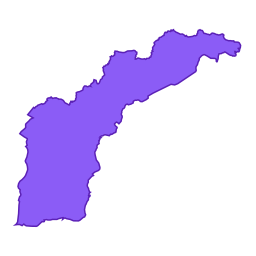 the district of Baru, Hunedoara, Romania
{"feature_id": "2599482B142327649383", "entity_name": "Baru", "entity_type": "district", "adm_level": 2, "iso_a3": "ROU", "parent_name": "Romania", "parent_adm1": "Hunedoara", "projection": "natural_earth1", "projection_center": [23.221, 45.477], "detail": "fine", "context": "isolated", "style": "filled", "palette": "violet", "viewbox_px": 256, "rotation_deg": 0, "n_neighbors": 0, "source": "geoboundaries", "source_scale": "gbopen_adm2", "svg_char_len": 5631}
<svg xmlns="http://www.w3.org/2000/svg" viewBox="0 0 256 256"><path d="M195.7,71.6L196.2,70.4L195.9,68.1L196.1,66.6L197.3,64.9L197.6,64.1L198.0,62.4L199.2,59.9L199.3,58.3L201.7,55.7L203.7,54.7L204.6,54.7L207.2,56.0L210.8,58.3L214.9,58.4L216.2,59.2L216.3,61.3L216.9,61.8L217.3,61.3L217.4,60.6L218.1,58.8L218.3,56.1L219.0,53.8L221.3,53.6L222.8,52.7L223.8,52.7L224.5,52.0L225.1,52.0L226.1,52.6L229.4,54.8L230.5,55.3L231.9,55.5L232.9,56.1L233.2,55.9L234.7,56.1L235.7,55.7L236.0,55.0L236.0,54.5L235.1,53.1L235.1,52.6L235.5,52.5L235.0,51.5L235.3,51.5L236.1,52.6L237.0,51.9L238.2,51.4L238.7,51.8L239.0,51.6L239.4,50.8L239.6,49.7L239.1,49.5L238.3,48.4L238.7,48.3L239.8,48.7L239.9,48.1L240.2,48.0L240.3,47.7L240.6,45.3L239.3,42.9L238.1,42.2L234.5,42.0L234.1,41.8L234.0,41.1L233.3,40.8L232.0,41.0L230.9,40.7L228.5,40.7L225.6,39.7L224.2,38.3L223.7,37.3L223.6,36.6L223.3,35.9L223.9,35.1L222.7,34.0L221.3,34.2L220.2,34.8L218.3,35.0L217.2,34.5L216.4,34.5L214.3,33.5L212.5,33.1L211.5,33.4L210.9,34.2L209.6,34.9L208.6,34.4L207.6,34.3L205.2,33.5L204.0,33.4L202.4,30.6L200.6,30.2L200.0,29.7L199.4,30.1L198.4,30.3L197.7,31.8L197.6,33.4L196.9,34.0L196.9,35.0L196.5,35.4L195.4,35.8L194.4,35.5L192.6,36.4L188.3,37.0L187.1,36.5L186.4,35.5L186.1,35.6L185.8,36.2L185.3,36.3L183.9,34.8L182.4,34.0L180.4,34.2L177.0,32.5L176.2,32.4L175.7,31.8L173.6,30.5L173.5,29.7L173.0,29.9L172.3,30.7L171.1,30.0L170.9,30.2L171.3,30.9L170.6,31.5L168.1,31.0L167.6,31.4L167.4,32.1L166.7,32.6L165.8,32.2L165.0,32.4L164.1,34.4L164.0,35.4L163.1,35.7L161.0,37.2L159.3,37.6L159.1,38.1L159.2,38.7L158.3,39.2L158.5,39.6L158.4,39.9L156.3,40.6L154.1,42.6L154.1,43.1L154.5,43.8L154.7,44.5L153.7,46.1L152.6,47.5L152.8,49.7L152.1,50.5L152.8,51.4L151.9,51.9L151.2,52.8L151.8,53.9L151.6,54.6L151.0,55.6L150.9,56.9L150.5,57.2L149.5,57.2L149.1,58.4L146.6,58.4L146.3,58.6L146.1,59.2L145.5,59.4L144.4,58.7L143.1,59.1L141.4,59.0L138.0,58.0L136.4,59.0L135.3,59.1L135.4,58.3L135.3,57.2L135.9,56.5L135.7,55.4L135.9,55.0L136.6,54.5L136.9,52.8L136.7,52.1L135.9,51.9L135.0,50.7L134.5,50.5L133.5,50.4L132.0,50.8L127.5,51.0L124.9,52.4L123.0,52.6L119.0,52.0L117.3,51.3L115.0,51.1L114.8,52.0L114.5,52.4L114.8,52.7L114.9,53.3L114.5,54.1L114.7,54.8L114.5,55.2L114.1,55.3L113.4,56.0L112.6,56.4L111.5,55.9L111.4,56.1L111.5,56.4L110.2,56.8L110.6,57.5L110.4,57.8L110.5,59.5L109.6,60.6L109.4,61.7L108.9,62.0L108.9,63.4L108.2,63.9L107.9,63.8L108.0,64.5L105.7,65.2L105.3,65.5L105.1,66.1L104.6,66.4L103.8,66.3L103.2,67.5L102.9,67.6L103.5,69.2L103.3,69.6L103.3,70.8L104.2,73.0L104.6,75.0L102.4,77.0L102.2,78.4L101.9,78.8L100.6,79.6L99.5,82.5L98.9,83.4L98.2,83.8L97.3,83.7L96.6,82.2L96.1,80.4L94.0,79.7L93.7,80.9L93.9,81.7L93.5,81.8L92.6,83.0L91.3,83.7L90.7,85.0L89.9,85.8L90.3,86.2L89.5,86.0L89.0,86.1L88.0,86.7L87.0,86.6L86.0,86.0L84.5,86.0L83.5,87.3L83.0,88.5L83.0,89.7L82.5,90.2L79.7,91.6L77.7,92.0L76.3,92.6L76.3,94.1L76.5,94.8L76.1,95.5L76.3,97.5L75.6,98.8L75.7,99.8L74.4,101.2L72.3,101.3L72.8,101.9L72.7,102.1L72.0,102.2L70.8,101.5L70.6,102.3L69.8,103.4L69.8,104.4L69.5,104.8L69.1,105.0L66.3,103.4L65.7,103.3L64.7,102.5L63.4,100.5L61.4,99.3L59.8,99.1L58.9,99.3L58.4,98.8L57.0,98.3L56.3,97.8L55.7,97.8L55.4,98.1L54.4,97.9L52.9,98.4L52.7,98.2L52.4,98.3L51.2,97.0L50.8,97.2L51.1,97.6L50.7,97.8L48.2,98.0L47.3,98.6L46.9,99.2L47.5,100.4L45.9,101.5L45.8,102.1L45.4,102.3L44.9,103.3L42.7,104.3L41.9,103.7L37.7,105.3L37.0,106.2L35.9,106.6L34.7,108.1L33.6,107.4L27.7,114.7L33.1,117.9L30.4,119.2L28.9,121.0L25.9,123.8L25.6,124.7L25.7,127.5L24.8,128.6L21.2,131.6L19.8,133.7L24.1,136.8L27.2,138.6L27.3,139.3L26.4,141.7L26.7,143.8L27.2,145.2L25.7,146.5L26.7,147.5L27.7,149.5L28.0,152.1L26.9,157.0L25.4,160.5L25.3,161.1L25.8,162.5L26.8,164.0L27.4,166.5L27.7,169.3L27.4,170.7L25.6,175.4L24.3,177.3L22.2,179.5L19.9,181.3L18.6,183.6L18.0,186.4L18.5,188.1L20.2,189.8L19.9,191.2L20.2,192.7L20.9,194.3L20.6,195.7L19.6,196.7L18.5,200.4L19.5,201.5L19.0,205.1L18.6,213.7L17.6,222.0L16.4,224.0L15.4,224.8L17.6,224.5L19.7,224.5L22.1,225.6L23.8,224.1L25.1,225.2L26.2,225.8L31.3,226.2L36.3,226.3L37.0,226.1L37.9,225.5L42.1,221.5L43.0,221.8L44.3,221.5L44.5,220.5L44.1,220.0L44.5,219.9L46.8,219.6L47.8,220.0L50.3,220.0L52.6,219.4L56.9,219.4L58.5,218.7L62.8,217.6L63.1,217.6L63.1,218.0L62.7,219.3L64.1,218.2L65.1,218.0L66.6,218.7L70.2,219.4L73.5,220.8L78.4,220.9L79.8,220.3L83.1,217.5L84.6,216.9L85.6,214.9L85.5,214.3L85.0,213.2L84.5,209.6L85.1,206.4L85.5,204.9L85.8,204.7L86.1,204.0L87.1,201.5L88.4,199.8L88.5,197.9L88.7,197.4L89.8,196.4L90.0,195.6L88.9,195.9L88.6,195.8L88.5,195.5L89.1,194.4L89.1,193.4L90.3,192.3L89.6,192.1L88.6,189.3L88.5,188.4L87.6,186.9L87.2,185.7L87.5,183.8L88.3,182.3L88.2,180.2L91.9,176.2L93.5,175.5L92.4,174.0L94.7,172.1L98.6,170.4L99.8,169.0L99.9,167.3L98.7,163.1L96.3,159.9L95.1,154.8L94.8,152.6L95.0,151.6L95.8,150.4L96.2,149.1L97.1,147.7L96.9,146.2L97.3,144.9L99.1,143.6L98.8,142.2L99.2,140.9L98.9,140.6L99.7,139.6L100.0,138.6L99.6,138.1L101.1,137.6L100.2,136.8L101.5,135.9L102.6,135.9L104.3,134.9L105.4,134.8L109.3,135.7L110.6,134.3L110.9,134.1L111.6,134.4L112.3,134.1L113.9,133.0L115.0,132.7L115.9,132.0L115.7,131.7L116.0,131.5L116.3,129.1L117.0,128.1L117.1,127.3L115.5,125.9L115.0,125.2L114.6,124.4L114.6,123.7L116.4,122.1L117.6,122.6L118.9,123.8L121.1,121.3L121.4,119.5L122.2,117.2L122.1,115.9L121.5,115.1L121.3,113.9L121.8,112.3L121.7,111.3L122.9,108.8L123.9,108.4L124.7,107.3L125.0,105.9L125.9,104.6L127.2,104.1L127.9,104.4L128.3,104.8L131.0,104.1L133.2,102.9L133.2,101.8L133.4,101.2L135.2,100.2L136.5,100.3L138.0,99.9L139.3,100.4L140.4,101.5L142.1,101.7L146.3,99.6L148.2,98.1L148.0,96.1L153.1,93.1L171.0,84.3L174.7,84.9L177.7,83.7L195.7,71.6Z" fill="#8b5cf6" stroke="#5b21b6" stroke-width="1.5"/></svg>